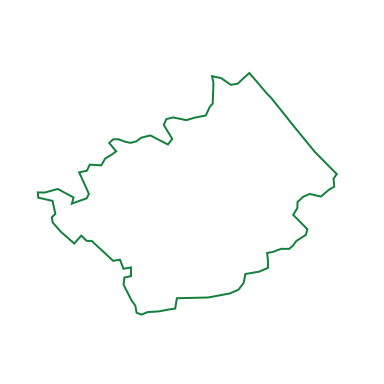 Pato Bragado, Paraná, Brazil (Natural Earth projection), rotated 133°
{"feature_id": "56859067B45682714407991", "entity_name": "Pato Bragado", "entity_type": "district", "adm_level": 2, "iso_a3": "BRA", "parent_name": "Brazil", "parent_adm1": "Paraná", "projection": "natural_earth1", "projection_center": [-54.242, -24.639], "detail": "fine", "context": "isolated", "style": "outline", "palette": "green", "viewbox_px": 384, "rotation_deg": 133, "n_neighbors": 0, "source": "geoboundaries", "source_scale": "gbopen_adm2", "svg_char_len": 1352}
<svg xmlns="http://www.w3.org/2000/svg" viewBox="0 0 384 384"><g transform="rotate(133 192 192)"><path d="M306.0,277.3L309.3,273.1L310.5,261.3L310.0,243.0L299.4,243.2L299.6,235.7L296.2,232.0L296.1,202.7L290.6,198.5L294.9,189.8L288.8,185.2L295.1,179.2L300.7,183.1L306.5,178.8L312.5,162.3L313.8,155.9L318.1,150.2L316.1,145.3L310.1,142.6L301.9,134.8L294.0,129.0L288.7,124.8L280.0,130.6L258.3,108.4L250.8,102.8L240.3,95.1L231.7,91.4L223.4,92.2L215.5,97.0L204.5,88.6L195.6,84.7L189.8,90.3L185.3,95.5L181.0,92.2L172.7,88.0L167.4,82.2L162.2,81.6L156.8,82.3L145.7,79.5L140.5,82.3L139.7,102.4L131.9,104.0L127.3,108.0L119.5,107.4L113.2,104.6L107.4,94.6L96.9,93.4L91.1,91.6L85.7,97.6L80.2,98.3L79.9,105.9L78.9,129.6L74.7,160.7L72.5,175.5L69.2,198.2L68.9,204.8L67.2,219.1L65.9,231.2L74.7,232.0L81.5,232.4L87.1,236.6L88.9,248.4L93.6,256.3L97.6,250.7L104.5,244.7L113.2,237.2L117.8,237.0L126.6,234.1L135.9,240.8L143.3,245.1L150.2,256.5L156.1,260.5L162.2,258.3L166.7,242.6L173.7,242.0L179.0,261.0L186.8,266.1L193.3,267.4L197.9,270.4L200.7,275.0L203.7,281.9L207.3,285.6L212.6,286.0L214.0,275.2L218.8,276.1L226.9,278.3L234.3,276.5L241.7,285.4L248.1,283.4L254.6,287.9L263.7,266.1L268.5,264.7L274.7,268.0L282.4,271.9L276.8,274.9L281.3,292.2L292.9,299.4L297.5,304.5L301.0,300.6L293.6,287.9L301.2,277.0L306.0,277.3Z" fill="none" stroke="#15803d" stroke-width="2"/></g></svg>